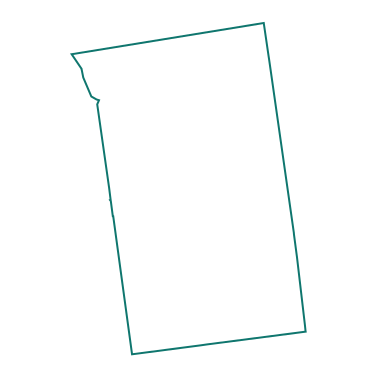 outline of Alamance, North Carolina, United States of America, rotated 171°
{"feature_id": "52423323B75735385248620", "entity_name": "Alamance", "entity_type": "district", "adm_level": 2, "iso_a3": "USA", "parent_name": "United States of America", "parent_adm1": "North Carolina", "projection": "robinson", "projection_center": [-79.37, 36.046], "detail": "fine", "context": "isolated", "style": "outline", "palette": "teal", "viewbox_px": 384, "rotation_deg": 171, "n_neighbors": 0, "source": "geoboundaries", "source_scale": "gbopen_adm2", "svg_char_len": 557}
<svg xmlns="http://www.w3.org/2000/svg" viewBox="0 0 384 384"><g transform="rotate(171 192 192)"><path d="M94.7,347.7L289.3,346.9L281.8,330.9L281.9,330.3L281.9,330.1L281.8,329.9L281.5,322.1L276.5,302.1L271.8,298.3L269.5,297.2L271.9,293.4L273.2,210.1L273.2,209.4L273.6,197.1L274.2,196.9L273.6,195.8L274.0,180.5L273.6,180.4L276.6,41.1L225.5,39.7L207.6,39.2L200.7,39.1L105.6,36.4L101.6,36.3L101.6,37.2L101.3,42.6L98.5,111.3L98.4,115.5L97.9,134.9L97.8,135.4L95.2,304.3L95.1,311.6L95.1,314.1L94.7,347.7Z" fill="none" stroke="#0f766e" stroke-width="2"/></g></svg>